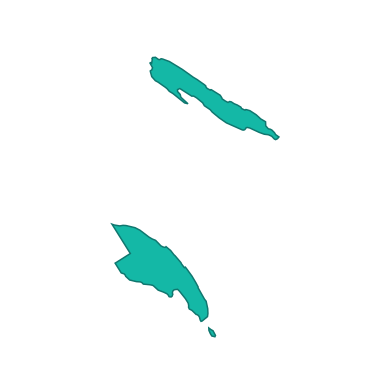 the district of Keweenaw, Michigan, United States of America, rotated 58°
{"feature_id": "52423323B74408100948794", "entity_name": "Keweenaw", "entity_type": "district", "adm_level": 2, "iso_a3": "USA", "parent_name": "United States of America", "parent_adm1": "Michigan", "projection": "equal_earth", "projection_center": [-88.443, 47.695], "detail": "fine", "context": "isolated", "style": "filled", "palette": "teal", "viewbox_px": 384, "rotation_deg": 58, "n_neighbors": 0, "source": "geoboundaries", "source_scale": "gbopen_adm2", "svg_char_len": 2284}
<svg xmlns="http://www.w3.org/2000/svg" viewBox="0 0 384 384"><g transform="rotate(58 192 192)"><path d="M223.1,294.9L225.6,292.9L226.8,292.7L228.5,292.9L233.6,291.5L238.6,286.6L240.9,283.4L242.3,282.5L244.3,282.1L248.4,276.8L250.2,274.9L251.1,274.4L257.3,272.7L261.7,269.3L265.0,267.2L266.7,266.8L268.6,266.9L269.1,266.5L270.0,265.2L269.9,264.2L268.5,262.4L267.3,262.2L266.0,261.0L265.5,259.7L265.6,258.5L266.9,255.8L269.4,255.2L279.0,254.1L283.1,254.1L284.5,254.2L286.7,255.1L287.9,256.0L289.8,256.3L292.3,254.8L298.0,253.4L298.9,252.5L300.2,252.1L301.6,251.9L305.1,252.9L306.5,252.9L306.8,251.9L305.9,244.9L303.5,242.9L299.3,240.5L292.1,237.9L289.5,238.2L276.4,237.6L275.7,237.1L271.3,236.8L263.3,236.6L253.4,237.3L252.1,237.5L252.1,238.6L251.9,238.6L247.5,239.0L246.1,238.8L237.3,240.1L235.5,240.6L230.4,241.1L224.6,243.0L224.8,243.7L224.5,244.5L223.1,245.8L221.2,246.9L213.7,248.5L210.8,250.6L207.4,252.4L196.8,256.4L192.1,259.2L185.5,265.7L183.7,268.2L182.5,271.2L178.8,275.4L176.9,276.9L211.5,276.9L211.6,294.9L223.1,294.9ZM57.1,154.2L57.8,155.4L58.4,155.3L61.4,158.0L60.4,158.5L60.2,158.8L60.4,159.3L65.7,159.6L67.2,161.5L67.1,163.1L67.5,163.4L72.8,165.0L78.2,164.1L80.8,162.6L89.1,159.1L91.1,158.4L94.6,157.9L98.4,156.0L112.5,151.1L114.6,149.1L114.5,148.8L105.8,151.2L102.9,150.3L99.1,151.0L97.5,150.0L97.8,147.5L104.3,144.4L110.6,141.4L111.5,139.8L114.6,138.2L122.0,135.7L125.4,135.8L131.9,132.9L135.0,132.5L143.7,129.6L151.6,126.2L166.1,116.4L166.9,115.3L167.1,114.3L166.7,113.0L166.3,112.4L166.4,111.1L168.2,109.2L177.1,103.4L181.3,100.1L183.9,96.9L185.5,95.8L187.1,94.8L190.7,94.1L191.9,93.3L192.1,91.3L191.4,89.1L187.5,90.7L185.5,90.6L181.9,91.4L180.3,92.3L178.8,93.8L175.0,94.4L171.4,92.4L166.4,95.0L160.6,96.6L153.7,99.8L150.9,102.3L150.6,102.7L150.7,103.6L149.3,104.6L147.5,105.7L145.9,105.6L142.2,107.5L139.6,109.4L136.4,110.9L135.2,112.1L135.1,114.0L132.6,115.5L128.9,117.1L128.0,116.8L124.9,116.8L115.5,121.4L115.1,122.0L115.3,122.5L112.1,124.3L110.0,124.5L109.4,124.1L107.9,124.5L99.3,128.1L95.4,130.1L83.0,135.2L69.4,142.0L63.7,146.4L62.6,147.6L62.7,149.1L61.8,150.2L58.4,151.6L57.1,154.2ZM316.2,249.8L318.4,251.0L321.9,251.5L324.6,251.5L326.9,249.3L326.1,248.1L320.8,247.7L318.6,248.9L316.2,249.8Z" fill="#14b8a6" stroke="#0f766e" stroke-width="1.5"/></g></svg>